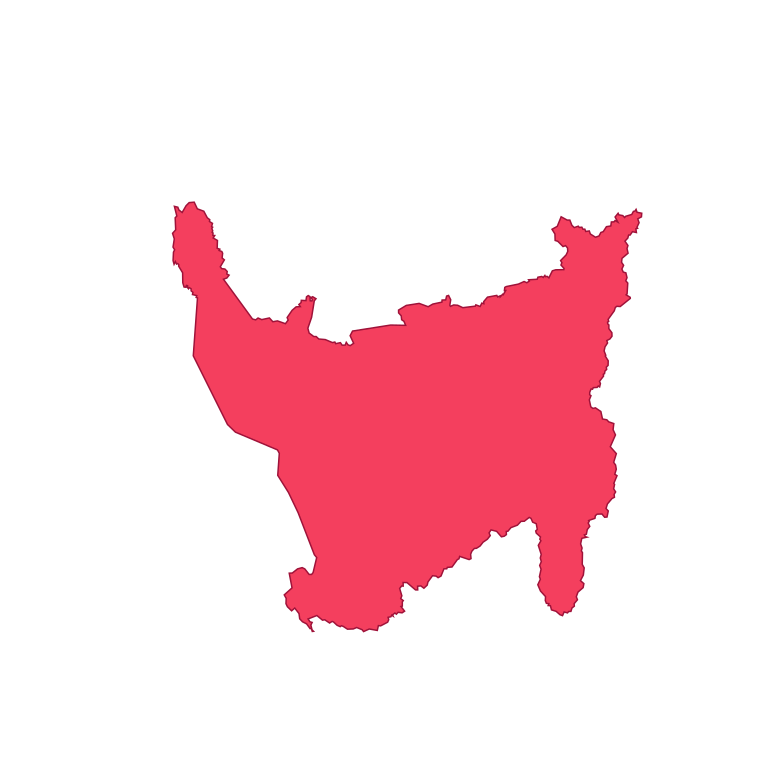 Riosucio, Chocó, Colombia (Albers equal-area conic projection), rotated 202°
{"feature_id": "7082276B6840641027062", "entity_name": "Riosucio", "entity_type": "district", "adm_level": 2, "iso_a3": "COL", "parent_name": "Colombia", "parent_adm1": "Chocó", "projection": "albers", "projection_center": [-77.324, 7.341], "detail": "fine", "context": "isolated", "style": "filled", "palette": "rose", "viewbox_px": 768, "rotation_deg": 202, "n_neighbors": 0, "source": "geoboundaries", "source_scale": "gbopen_adm2", "svg_char_len": 6171}
<svg xmlns="http://www.w3.org/2000/svg" viewBox="0 0 768 768"><g transform="rotate(202 384 384)"><path d="M282.4,605.4L282.4,595.1L286.2,590.4L281.7,587.1L279.1,581.2L276.3,581.4L269.5,578.5L267.5,580.3L264.8,578.9L263.3,575.8L263.5,571.9L266.5,564.6L264.5,563.1L264.5,560.6L260.4,558.6L260.1,557.4L267.6,554.2L270.3,552.0L270.9,544.2L273.1,544.9L274.5,544.0L275.5,544.9L276.3,542.4L278.0,542.8L281.3,540.7L281.2,538.5L289.0,534.8L287.8,533.9L289.5,531.4L292.5,531.5L296.8,527.0L307.2,520.1L308.2,518.8L307.4,515.8L306.2,516.3L306.9,511.5L307.6,511.7L308.9,508.3L309.4,509.2L311.2,507.3L312.6,508.4L320.6,503.3L322.4,497.8L321.5,495.8L323.6,495.7L323.9,491.9L328.5,491.8L328.5,490.4L339.5,484.3L345.2,484.6L349.0,483.4L351.5,480.9L352.5,481.7L353.7,487.1L357.3,490.3L358.9,489.0L358.3,485.1L361.6,483.6L361.0,481.6L368.7,476.4L372.0,472.2L381.6,471.9L392.8,465.2L398.2,458.0L397.1,455.4L393.6,453.7L391.7,450.2L389.0,449.6L385.9,446.5L400.0,441.1L433.0,421.3L433.5,416.1L427.4,410.4L429.7,406.9L432.0,406.8L434.6,408.5L434.6,405.5L437.3,404.3L439.9,406.0L443.9,403.3L445.3,404.5L447.3,403.1L455.1,403.2L461.3,401.3L464.7,402.6L466.9,401.7L472.5,403.2L475.5,407.2L476.1,418.7L479.8,435.0L479.0,437.6L482.8,438.2L484.1,436.8L482.0,435.5L482.0,434.0L483.6,433.5L485.4,437.3L487.4,437.6L488.5,435.8L487.6,432.1L492.0,430.6L491.4,428.4L492.7,425.8L490.6,424.4L494.4,422.6L496.8,417.9L498.7,409.3L496.8,407.4L498.0,403.0L506.4,402.6L510.4,400.1L515.0,402.3L521.5,397.9L525.5,398.0L527.0,395.4L530.3,395.0L572.1,421.0L569.4,423.4L568.4,426.9L571.0,427.1L571.5,429.6L574.6,431.0L577.7,430.2L579.7,431.3L578.5,439.3L581.3,440.2L582.6,444.8L584.0,446.1L586.9,446.0L586.7,447.5L589.5,447.3L592.2,454.7L597.1,455.4L596.6,458.2L598.3,457.6L599.1,460.0L600.2,460.3L600.2,461.9L601.9,463.7L601.6,465.2L602.8,465.4L603.2,468.7L606.7,469.3L607.1,471.1L610.1,471.9L615.8,476.7L622.7,476.5L628.1,481.5L632.6,479.2L634.3,475.2L635.4,467.4L639.3,468.5L641.4,470.7L644.9,470.2L639.0,462.1L639.9,459.9L634.9,448.9L636.5,444.5L632.8,440.0L630.9,431.9L628.4,430.0L628.6,427.4L625.8,419.4L623.5,416.4L623.3,419.4L621.3,417.5L620.4,418.4L619.0,417.8L618.5,416.3L612.4,411.7L608.5,402.5L605.7,399.0L604.0,399.5L604.1,401.4L603.0,401.6L602.7,400.0L601.0,399.1L601.0,400.4L598.6,400.1L597.7,398.1L595.5,397.4L595.1,395.2L590.7,395.8L590.6,393.9L589.2,394.0L571.4,338.7L513.9,287.8L503.7,283.7L458.1,283.0L455.1,280.5L448.3,259.5L431.9,247.6L415.4,232.5L384.6,199.6L381.4,197.9L379.1,182.6L379.8,180.3L382.1,179.4L388.2,182.9L391.1,183.1L394.9,180.2L398.2,174.4L401.0,173.1L392.9,160.5L397.5,151.1L394.4,148.6L392.6,143.6L390.1,141.3L384.7,139.1L382.8,142.8L376.8,139.3L374.2,134.7L370.5,133.0L365.9,132.6L360.9,129.5L359.9,130.2L357.8,127.7L356.7,128.3L358.7,129.2L361.5,133.1L361.3,136.0L363.6,135.8L366.4,137.7L359.5,144.2L352.6,142.0L350.6,143.2L344.9,142.0L343.2,144.4L341.8,144.5L337.1,142.7L333.7,142.6L333.0,143.9L331.1,144.0L326.0,143.0L320.7,145.4L318.1,148.0L312.2,148.0L310.2,146.8L305.9,151.3L297.9,153.0L298.7,157.9L296.5,158.5L291.4,164.5L291.3,167.2L292.8,169.2L290.4,170.8L290.3,172.5L288.6,172.2L289.6,173.2L288.1,175.7L286.3,175.2L285.4,177.6L281.5,178.6L279.8,181.1L284.9,184.1L283.8,184.9L285.4,188.9L285.0,190.4L288.1,191.3L288.1,194.3L292.9,200.3L292.0,203.3L290.5,203.8L291.9,207.1L288.3,208.5L277.7,204.9L275.6,205.7L277.1,209.1L274.2,210.6L270.5,209.6L268.6,213.7L269.1,216.9L267.2,224.4L263.7,225.4L261.3,224.7L259.2,227.3L259.2,235.1L256.6,236.2L256.6,237.7L252.4,239.8L250.2,248.7L249.0,250.0L249.3,252.5L239.3,253.1L237.9,254.7L239.9,258.6L239.9,261.9L238.6,265.4L236.7,266.3L234.2,269.8L232.9,274.4L230.0,278.8L228.7,283.2L230.8,285.3L230.1,288.8L224.4,289.6L217.9,286.3L215.5,287.9L214.1,290.2L215.4,293.1L213.9,294.0L212.5,298.4L207.4,303.1L205.5,308.0L202.5,309.3L199.4,314.7L197.4,314.5L194.4,311.6L190.5,311.5L187.4,306.6L188.3,304.6L187.0,302.8L181.6,300.8L181.4,298.5L179.8,297.4L180.5,292.2L174.4,284.9L173.9,281.2L171.6,278.2L171.7,274.1L169.0,271.1L167.7,263.5L165.9,261.6L166.2,255.5L161.4,250.7L154.6,247.4L153.3,243.6L151.3,241.5L148.9,242.1L148.8,240.1L146.7,240.8L144.1,237.3L139.3,237.7L134.4,236.0L131.7,236.1L131.6,240.1L128.1,240.5L127.6,242.2L125.5,243.2L125.8,246.7L124.3,249.3L125.4,251.6L123.8,256.4L126.0,258.8L126.2,263.7L123.1,269.8L123.9,273.8L128.2,275.3L127.6,281.5L129.5,288.5L132.6,291.0L136.8,302.0L138.5,303.2L138.9,306.1L141.8,309.4L142.8,315.0L138.5,318.0L140.2,317.9L141.7,319.2L140.1,320.5L141.0,325.2L139.9,329.1L142.6,331.6L142.3,333.5L143.1,334.1L138.1,338.5L138.7,341.1L137.6,343.2L133.2,345.1L129.5,343.1L127.4,344.2L128.5,350.3L131.5,351.7L131.9,356.5L129.7,363.2L127.9,365.3L129.3,367.9L128.8,370.7L131.8,372.8L132.6,377.3L133.7,377.9L133.6,386.3L136.2,386.8L136.7,392.0L138.9,395.6L141.7,397.4L142.5,406.5L150.7,410.6L150.3,423.5L154.5,427.5L156.1,433.4L161.5,433.1L164.0,434.3L168.3,433.4L172.6,439.7L179.0,441.1L181.2,439.6L183.7,440.3L187.7,446.2L187.7,450.7L189.3,451.1L190.2,453.5L190.1,457.0L188.7,457.3L188.6,459.0L185.1,460.7L184.6,462.4L183.0,462.1L183.5,465.5L185.2,467.2L183.4,473.5L184.3,475.2L183.4,476.2L184.0,478.8L183.0,480.9L184.2,482.9L183.2,485.2L184.8,489.5L189.3,492.8L189.1,493.7L192.3,497.1L193.0,501.2L192.1,505.8L193.7,507.7L191.4,510.4L190.5,513.7L191.9,516.9L196.3,519.6L197.6,523.0L199.1,523.6L199.9,525.1L199.1,526.2L200.4,527.9L197.9,538.1L198.2,541.6L197.2,543.3L194.0,544.3L187.7,555.6L188.2,556.6L192.9,557.4L192.4,558.7L195.8,568.9L198.5,570.3L198.5,573.6L201.4,577.7L204.1,577.4L206.5,579.7L206.3,583.8L209.3,585.8L210.4,589.7L206.7,596.7L209.4,600.6L209.7,603.8L214.1,606.7L212.6,610.6L213.0,613.7L211.6,614.3L210.7,618.3L206.7,619.0L208.6,622.2L207.2,623.4L208.2,624.0L207.9,629.1L210.6,632.2L207.9,635.4L209.0,638.9L213.7,638.0L215.7,640.3L216.1,638.3L217.4,637.5L217.8,634.0L222.8,630.0L223.3,628.5L225.7,629.6L229.6,628.8L230.9,630.0L232.3,625.4L227.8,621.7L231.0,622.1L231.5,620.5L233.9,619.4L232.9,615.5L236.7,613.2L237.8,607.4L239.7,605.7L240.1,601.8L242.9,599.3L248.9,600.4L251.0,602.8L254.1,601.0L255.8,602.8L257.5,602.0L259.3,603.5L261.6,602.3L263.0,603.1L266.2,600.3L269.2,601.5L273.1,605.6L275.5,604.6L282.4,605.4Z" fill="#f43f5e" stroke="#9f1239" stroke-width="1.5"/></g></svg>